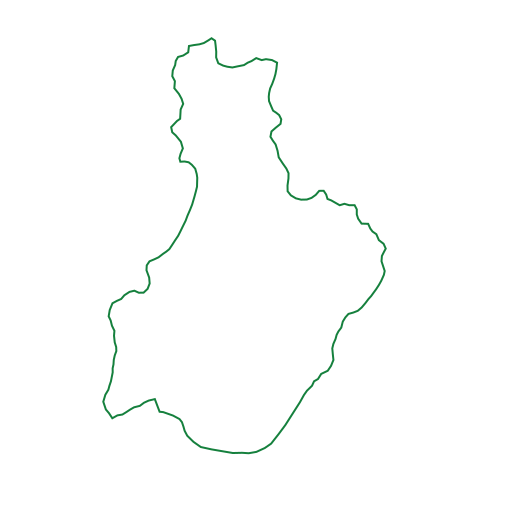 outline of Cairu, Bahia, Brazil, rotated 195°
{"feature_id": "56859067B59177199809142", "entity_name": "Cairu", "entity_type": "district", "adm_level": 2, "iso_a3": "BRA", "parent_name": "Brazil", "parent_adm1": "Bahia", "projection": "orthographic", "projection_center": [-38.973, -13.524], "detail": "fine", "context": "isolated", "style": "outline", "palette": "green", "viewbox_px": 512, "rotation_deg": 195, "n_neighbors": 0, "source": "geoboundaries", "source_scale": "gbopen_adm2", "svg_char_len": 2900}
<svg xmlns="http://www.w3.org/2000/svg" viewBox="0 0 512 512"><g transform="rotate(195 256 256)"><path d="M308.8,80.6L305.2,81.2L294.9,80.4L287.7,78.7L284.5,76.3L281.9,72.4L279.7,68.7L275.9,64.6L268.3,60.3L259.9,57.2L249.0,57.7L240.3,58.5L227.4,59.7L218.5,62.3L212.0,63.6L204.9,66.9L197.8,72.8L192.8,78.7L190.6,83.9L188.1,89.7L183.9,100.3L179.1,115.5L177.0,122.1L175.7,126.2L173.7,134.2L171.9,139.1L168.3,145.2L167.5,150.0L164.3,153.2L162.5,159.0L157.0,163.7L155.1,169.3L154.3,175.6L156.3,180.8L158.4,186.5L158.5,191.2L157.7,196.4L157.7,200.7L156.9,204.4L155.1,208.9L155.2,215.1L153.8,219.8L151.7,224.0L147.3,226.6L143.5,229.4L140.6,233.6L138.2,238.7L136.2,243.6L134.4,247.1L133.0,250.8L131.4,254.9L129.8,259.8L128.6,264.5L127.6,270.9L127.8,274.8L130.6,279.1L133.4,283.4L134.4,288.6L133.5,292.9L132.6,296.7L135.9,300.8L141.4,303.1L145.4,308.2L149.8,309.8L152.7,312.1L156.0,316.1L162.4,314.6L167.0,318.5L169.4,322.2L170.7,327.1L173.9,330.6L179.1,329.2L184.1,329.3L188.3,326.7L193.6,328.1L197.8,329.2L201.7,329.6L204.1,333.5L207.5,336.5L211.8,335.3L214.1,330.5L217.4,326.5L221.5,323.7L227.0,322.1L232.4,322.0L238.0,323.6L242.2,326.7L243.8,332.2L244.7,339.2L246.0,344.4L249.3,348.3L254.1,352.3L259.6,357.2L262.4,363.2L265.9,368.8L269.7,371.9L272.9,374.9L273.3,380.3L270.3,384.8L266.5,390.0L267.0,394.6L270.1,398.1L273.5,399.6L277.1,400.8L279.9,404.3L283.5,409.0L284.9,413.1L285.5,416.8L285.7,421.5L284.9,426.3L284.4,432.0L284.3,436.7L284.7,441.8L285.7,448.2L291.3,449.4L297.3,448.7L301.2,446.7L307.0,447.2L310.8,443.1L314.0,440.6L317.0,437.3L322.9,434.4L327.6,432.0L332.7,431.4L337.0,431.4L342.3,432.4L345.9,437.5L347.3,443.1L349.6,449.2L351.3,453.4L355.3,454.8L357.9,451.9L361.5,448.2L365.5,445.8L370.5,443.7L375.1,441.5L374.2,435.2L378.2,430.8L382.8,428.1L384.0,423.6L383.5,419.5L384.4,413.7L383.4,408.0L379.6,403.9L378.3,396.9L372.4,392.6L368.5,388.5L365.7,384.1L366.7,378.0L365.8,373.7L364.8,368.9L367.3,365.9L371.3,358.5L368.9,353.8L364.7,351.7L358.1,346.9L354.5,341.0L355.3,335.3L355.3,330.6L353.5,327.5L349.4,328.8L345.3,329.1L341.6,327.5L337.3,324.6L334.5,319.9L333.0,316.4L330.9,307.6L330.8,303.1L330.8,297.5L330.9,293.4L331.0,289.1L331.7,283.2L332.6,277.3L333.1,271.9L334.4,265.4L335.4,260.2L336.4,255.4L338.2,250.2L340.0,244.6L341.5,240.2L343.8,237.0L346.3,234.1L349.8,229.5L353.6,226.3L357.5,223.3L359.1,218.7L358.1,213.9L353.6,207.5L351.6,201.9L352.2,196.2L355.1,191.5L359.7,190.2L364.5,191.0L368.9,188.6L373.0,184.0L375.1,179.6L378.7,176.7L382.4,173.2L383.3,166.0L382.7,159.6L379.7,156.1L377.1,151.4L373.4,147.1L372.5,142.2L370.1,136.0L367.5,131.9L366.3,128.0L366.7,123.5L366.5,118.9L365.6,114.4L365.4,110.4L364.3,106.5L364.0,102.0L363.7,97.4L364.0,92.7L364.0,88.6L365.6,83.0L365.8,75.7L361.3,68.9L357.4,66.2L352.8,62.1L348.6,66.2L344.0,68.3L340.9,71.6L337.8,75.1L334.6,78.3L329.4,81.2L326.2,85.3L322.2,88.6L316.7,91.6L308.8,80.6Z" fill="none" stroke="#15803d" stroke-width="2"/></g></svg>